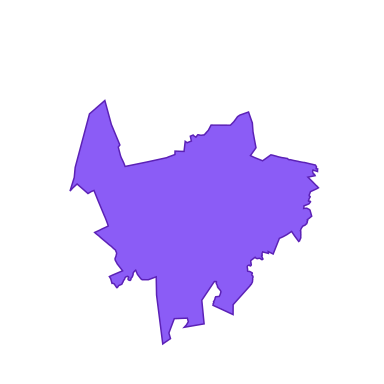 Teopisca, Chiapas, Mexico (Robinson projection), rotated 236°
{"feature_id": "50627088B78954166074167", "entity_name": "Teopisca", "entity_type": "district", "adm_level": 2, "iso_a3": "MEX", "parent_name": "Mexico", "parent_adm1": "Chiapas", "projection": "robinson", "projection_center": [-92.534, 16.553], "detail": "fine", "context": "isolated", "style": "filled", "palette": "violet", "viewbox_px": 384, "rotation_deg": 236, "n_neighbors": 0, "source": "geoboundaries", "source_scale": "gbopen_adm2", "svg_char_len": 5742}
<svg xmlns="http://www.w3.org/2000/svg" viewBox="0 0 384 384"><g transform="rotate(236 192 192)"><path d="M212.9,88.7L212.5,88.8L211.9,88.9L210.9,89.2L207.5,90.3L205.3,90.8L203.5,91.3L196.6,93.3L195.4,93.6L193.2,94.3L192.2,94.7L188.9,95.4L187.7,95.8L186.8,96.1L185.7,95.8L184.7,95.7L183.5,95.3L182.8,94.8L182.2,94.0L181.4,93.2L180.7,92.2L180.0,91.1L178.7,90.3L177.2,90.1L175.5,90.0L174.4,89.8L165.5,90.4L167.6,79.5L168.1,76.2L165.6,76.1L161.0,74.6L160.8,75.1L160.7,75.2L160.2,75.5L159.9,75.7L159.8,75.9L159.7,76.0L159.4,76.1L158.7,76.1L154.8,76.1L154.6,76.3L154.6,76.6L154.6,76.9L155.2,78.3L155.3,78.7L155.4,79.4L155.3,79.9L155.2,80.2L155.1,80.5L155.0,80.8L154.9,81.7L154.9,82.6L155.8,83.8L156.0,84.6L156.3,84.9L156.8,85.6L157.4,87.3L157.6,87.6L158.2,88.3L158.6,89.2L158.6,89.7L158.4,90.7L158.3,91.1L158.1,91.4L157.9,91.3L157.5,91.8L157.1,91.9L156.9,91.9L156.6,91.7L155.9,90.6L155.6,90.2L155.1,90.1L154.7,90.2L154.2,90.4L154.1,90.5L153.8,90.7L153.5,91.0L153.3,91.2L153.3,91.5L153.4,92.0L153.5,92.3L154.6,93.2L154.6,93.5L154.7,94.0L154.9,94.7L155.0,94.8L155.3,95.5L155.6,95.7L155.9,96.1L156.1,96.6L156.5,96.9L156.8,97.3L157.3,97.5L157.9,98.3L158.2,99.0L158.3,99.7L158.5,100.2L158.7,101.1L158.7,101.6L154.2,100.7L148.4,101.1L147.2,101.6L143.7,106.7L141.7,114.9L126.4,105.0L82.4,82.8L82.5,92.2L88.0,94.0L90.9,98.0L96.9,106.5L90.0,117.6L86.5,116.4L84.9,113.0L84.2,109.9L75.9,128.3L96.8,139.6L105.3,160.5L104.8,160.9L104.8,161.0L104.6,161.4L104.6,161.6L104.1,162.1L103.8,162.1L103.3,161.6L103.0,161.2L102.7,161.1L102.4,160.9L102.0,160.9L101.7,160.9L101.1,160.8L99.7,160.5L99.5,160.3L99.1,160.3L99.0,160.1L98.2,160.1L97.6,160.1L96.3,160.3L96.0,160.3L95.7,160.3L95.2,160.4L94.5,160.5L94.0,160.4L93.3,160.3L92.9,160.0L92.0,158.9L91.4,158.2L90.2,156.2L91.9,153.1L91.2,151.8L90.6,151.4L89.8,150.2L89.3,149.3L89.2,148.7L88.9,148.4L88.2,148.3L88.0,148.1L87.7,147.4L87.5,147.0L87.0,146.6L86.5,146.5L86.3,146.4L86.2,146.1L67.4,157.5L75.6,163.1L82.0,188.4L82.4,188.6L82.4,189.0L82.4,189.7L82.7,190.1L83.5,191.6L84.2,192.3L85.0,192.9L85.5,193.4L86.0,193.6L86.4,193.9L86.8,194.3L87.0,194.7L87.8,195.3L88.3,195.4L88.5,195.4L89.2,195.2L89.6,195.3L90.2,195.6L90.5,195.9L90.8,196.5L91.3,196.7L92.7,196.0L92.9,195.9L93.5,195.6L93.8,195.4L94.1,195.2L94.4,194.7L94.6,194.5L94.8,194.3L95.1,193.9L95.4,193.9L96.3,194.4L96.9,195.0L97.2,195.1L97.3,195.1L97.8,195.3L99.0,195.9L99.3,196.1L99.7,196.7L99.7,197.5L99.5,198.2L99.5,198.5L99.1,198.7L98.8,198.7L98.3,198.8L98.0,199.1L98.0,199.4L98.3,200.3L99.3,200.9L99.5,200.9L99.9,200.9L100.1,201.0L100.6,201.5L100.8,201.6L101.1,201.6L101.4,201.7L102.3,202.5L102.6,207.8L101.8,207.9L101.3,208.1L100.7,208.4L100.3,208.8L100.1,209.1L100.0,209.5L99.2,211.0L98.9,211.2L98.3,211.6L97.5,211.7L97.2,211.8L96.8,212.2L96.6,212.6L96.6,212.8L96.6,213.1L96.9,213.4L98.3,213.6L98.7,213.7L99.1,213.9L99.6,213.7L99.8,213.7L100.1,213.9L100.2,214.2L100.2,214.5L100.3,214.9L100.7,215.1L101.1,215.1L101.6,215.4L102.0,215.8L102.3,216.5L102.8,217.1L98.4,221.0L100.0,221.9L95.2,224.6L104.7,238.5L104.0,242.5L103.6,246.8L103.6,252.5L98.2,252.5L91.3,252.8L91.4,254.0L92.0,254.6L92.3,255.2L92.7,255.9L93.2,256.6L93.9,257.0L96.4,258.8L96.8,258.9L97.6,259.5L97.9,259.8L98.3,260.0L98.6,260.1L99.2,260.1L99.4,260.3L99.4,260.5L99.5,260.8L100.1,261.2L100.9,262.6L101.4,263.8L101.5,264.2L101.6,264.7L101.8,265.1L101.8,265.5L101.5,265.9L101.4,266.6L101.3,267.1L101.4,267.9L101.6,268.1L101.6,268.5L101.5,269.2L102.1,270.1L102.3,270.4L102.4,270.6L102.6,270.7L102.9,270.7L103.2,271.0L103.3,271.2L103.4,271.7L103.7,272.0L104.3,271.9L104.5,272.0L105.0,277.7L111.0,279.7L111.4,279.6L112.3,279.3L113.1,278.8L113.8,278.5L114.1,278.2L114.4,278.1L114.5,277.9L114.7,277.6L114.8,277.5L115.0,277.0L115.1,276.8L115.7,275.9L115.9,275.4L116.3,275.8L117.9,277.1L117.7,277.8L117.5,279.0L117.3,279.4L117.2,280.5L117.0,280.8L116.8,282.6L117.0,283.0L117.2,283.6L117.6,284.8L117.8,284.9L118.2,284.8L118.4,284.6L119.3,283.5L119.6,283.6L119.7,283.9L120.0,284.1L120.2,284.5L120.7,285.0L121.4,286.2L121.5,286.5L121.7,286.9L121.9,287.3L122.1,287.4L122.3,287.4L122.5,287.1L122.9,287.0L123.2,287.1L123.4,287.2L123.6,287.2L123.8,287.3L124.1,287.6L125.1,289.1L125.8,290.1L126.0,290.4L126.0,290.7L124.9,297.5L124.8,299.2L126.8,298.9L127.4,298.8L128.3,298.5L129.6,298.3L131.2,298.0L131.8,297.9L139.5,296.4L136.7,303.2L138.3,303.4L139.0,302.7L141.3,303.3L142.1,303.9L142.6,304.7L141.7,305.2L138.8,307.5L139.8,308.2L140.9,309.1L141.9,308.0L143.3,309.3L145.3,309.4L147.7,307.2L149.6,305.4L150.7,304.4L153.0,302.3L153.9,301.4L154.4,300.7L157.3,297.8L158.0,297.2L161.2,294.0L163.7,291.7L164.6,290.4L166.8,289.6L167.3,288.8L168.1,288.1L170.2,285.8L171.8,284.3L173.3,282.9L174.6,281.9L175.7,280.9L176.8,280.0L176.8,279.9L177.0,279.7L177.5,279.4L177.7,279.1L178.7,278.2L178.5,272.2L178.4,268.0L185.6,263.1L189.5,260.8L192.9,269.8L201.1,273.3L207.9,276.3L215.6,280.7L217.3,281.1L226.7,283.6L229.0,274.7L229.0,271.9L226.9,266.1L225.9,261.2L236.8,245.2L234.0,240.0L233.3,237.0L233.1,236.9L233.1,236.1L232.9,235.8L232.7,235.2L232.8,234.6L232.5,234.0L233.2,232.8L233.7,231.7L234.8,230.2L235.4,229.8L236.2,228.9L236.0,228.0L235.8,227.5L235.6,227.0L235.3,225.9L236.9,225.2L237.2,225.0L238.6,224.8L239.2,221.8L234.6,220.0L235.6,215.5L237.8,214.7L230.1,208.1L231.8,205.7L235.4,200.8L233.7,199.6L232.6,198.8L233.8,193.9L234.2,192.4L234.6,190.2L241.8,172.1L250.6,150.8L251.4,151.0L253.9,151.6L257.5,152.2L259.2,152.4L261.2,152.8L262.9,153.3L270.5,156.0L271.3,158.5L293.1,162.9L316.6,170.9L314.1,150.7L277.7,108.9L269.9,102.5L261.0,91.4L262.0,95.3L262.9,101.2L248.9,104.9L248.7,108.7L248.1,111.6L237.9,109.4L223.5,106.5L222.0,106.2L219.2,105.7L216.5,105.1L214.9,104.7L213.9,104.5L210.7,103.6L210.7,103.0L211.1,100.3L211.7,96.8L212.0,94.1L212.9,88.7Z" fill="#8b5cf6" stroke="#5b21b6" stroke-width="1.5"/></g></svg>